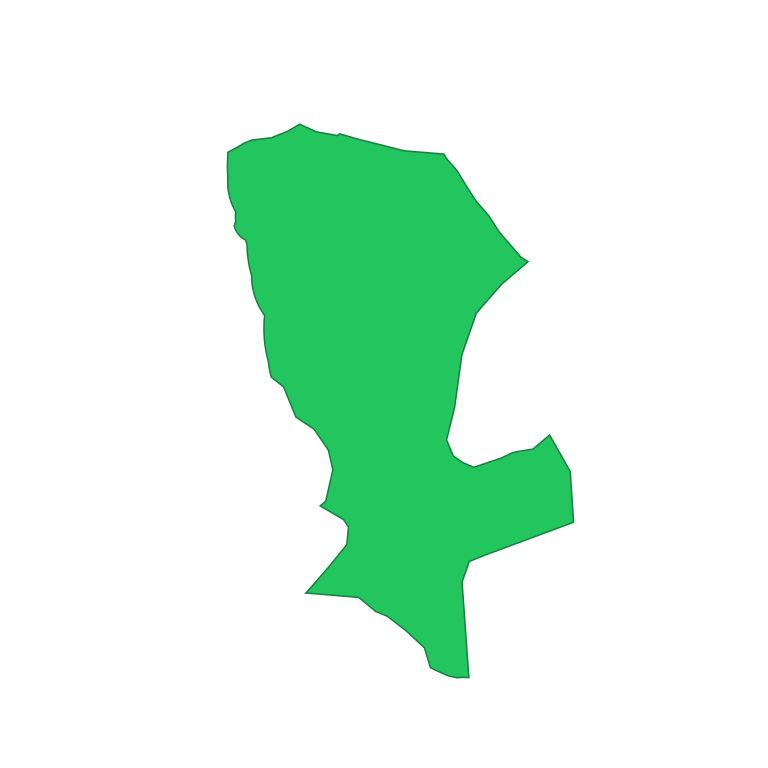 the district of E Mansora 2, Ad Daqahliyah, Egypt, rotated 319°
{"feature_id": "37247803B17472786437270", "entity_name": "E Mansora 2", "entity_type": "district", "adm_level": 2, "iso_a3": "EGY", "parent_name": "Egypt", "parent_adm1": "Ad Daqahliyah", "projection": "orthographic", "projection_center": [31.41, 31.047], "detail": "fine", "context": "isolated", "style": "filled", "palette": "green", "viewbox_px": 768, "rotation_deg": 319, "n_neighbors": 0, "source": "geoboundaries", "source_scale": "gbopen_adm2", "svg_char_len": 2859}
<svg xmlns="http://www.w3.org/2000/svg" viewBox="0 0 768 768"><g transform="rotate(319 384 384)"><path d="M255.4,661.3L313.0,584.7L332.0,573.9L348.2,579.5L354.3,581.8L436.4,612.7L467.2,572.2L475.5,531.1L453.8,530.9L440.3,522.5L434.9,519.8L424.1,516.9L410.6,511.3L397.1,505.7L391.8,494.7L389.1,483.7L394.6,467.2L421.7,448.2L462.3,412.8L466.8,410.3L500.3,391.1L519.2,388.5L538.1,385.9L572.9,386.2L570.6,377.9L570.7,345.0L573.5,325.8L573.5,312.6L573.5,306.5L576.3,287.3L579.1,270.9L579.1,254.4L580.1,249.8L568.4,237.8L563.0,232.3L552.2,221.2L525.3,182.5L521.7,177.0L519.9,174.2L516.6,169.1L514.5,166.0L511.8,165.9L498.4,149.3L490.8,132.6L476.8,129.9L460.6,124.3L444.4,113.2L436.3,110.4L431.0,109.5L428.0,108.9L418.1,106.7L418.0,106.8L417.8,107.2L417.7,107.4L416.7,108.4L414.6,110.5L412.5,112.7L410.4,115.0L408.4,117.2L406.5,119.5L404.5,121.9L402.7,124.3L401.5,125.8L401.1,126.3L400.6,126.7L399.4,128.0L398.2,129.4L397.6,130.1L397.0,130.8L395.9,132.3L395.3,133.0L394.8,133.8L393.7,135.3L393.2,136.1L392.8,136.9L391.8,138.5L391.4,139.3L390.9,140.1L390.1,141.7L389.7,142.5L389.3,143.4L388.6,145.1L388.2,145.9L387.9,146.8L387.3,148.5L387.0,149.4L386.7,150.3L386.2,152.0L386.0,152.9L385.7,153.8L385.3,155.6L385.2,156.1L385.2,156.5L381.2,160.6L378.7,164.0L374.7,166.3L374.5,166.8L374.2,167.3L373.8,168.4L373.4,169.4L373.1,170.5L372.8,171.6L372.7,172.1L372.6,172.7L372.4,173.8L372.4,174.3L372.3,174.9L372.3,176.0L372.3,176.6L372.3,177.1L372.4,178.2L372.5,178.8L372.5,179.4L372.7,180.5L372.8,181.0L373.0,181.5L373.3,182.6L373.3,182.9L373.4,183.2L373.6,183.7L374.0,184.7L373.8,185.1L371.8,189.3L371.4,189.8L371.0,190.3L369.4,192.2L367.8,194.2L366.3,196.2L364.9,198.3L363.5,200.4L362.1,202.5L360.8,204.6L359.5,206.8L358.3,209.0L357.2,211.2L356.1,213.4L355.2,215.3L355.0,215.6L354.8,215.8L353.6,217.3L352.3,218.8L351.2,220.4L350.1,222.0L349.0,223.6L348.1,225.0L348.0,225.3L347.0,227.0L346.4,228.1L346.1,228.7L345.2,230.5L344.8,231.3L344.4,232.2L343.6,234.0L343.3,234.9L342.9,235.9L342.3,237.7L342.0,238.6L341.7,239.6L341.1,241.4L340.9,242.4L340.6,243.3L340.2,245.2L340.0,246.2L339.8,247.2L339.5,249.1L339.4,250.1L339.2,251.0L339.0,253.0L339.0,253.4L339.0,253.9L337.7,255.0L335.8,256.9L333.9,258.8L332.1,260.8L330.3,262.8L328.5,264.8L326.8,266.9L325.2,269.0L323.5,271.1L321.9,273.3L320.4,275.5L318.9,277.8L317.5,280.1L316.1,282.4L315.2,283.9L315.0,284.3L314.8,284.7L313.5,287.1L312.3,289.5L311.4,291.2L311.2,291.5L309.6,293.9L308.2,296.1L306.9,298.3L305.6,300.6L304.4,302.9L303.4,304.9L306.3,320.3L298.0,344.8L295.8,351.3L300.6,368.7L301.6,372.1L298.6,397.5L289.0,415.3L263.0,434.3L255.8,434.1L264.5,459.6L263.5,468.5L250.5,480.8L224.3,485.5L217.2,486.5L188.2,490.5L187.9,490.5L224.9,528.5L228.5,550.4L234.1,561.4L238.9,585.5L241.4,609.7L232.9,628.5L235.2,634.0L240.8,646.0L246.4,653.7L250.8,656.9L255.4,661.3Z" fill="#22c55e" stroke="#15803d" stroke-width="1.5"/></g></svg>